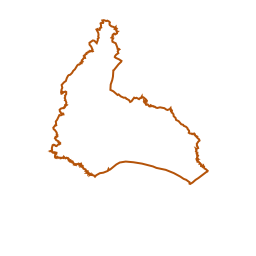 Pati, Jawa Tengah, Indonesia, rotated 130°
{"feature_id": "22746128B37789509782125", "entity_name": "Pati", "entity_type": "district", "adm_level": 2, "iso_a3": "IDN", "parent_name": "Indonesia", "parent_adm1": "Jawa Tengah", "projection": "albers", "projection_center": [111.054, -6.706], "detail": "fine", "context": "isolated", "style": "outline", "palette": "amber", "viewbox_px": 256, "rotation_deg": 130, "n_neighbors": 0, "source": "geoboundaries", "source_scale": "gbopen_adm2", "svg_char_len": 5882}
<svg xmlns="http://www.w3.org/2000/svg" viewBox="0 0 256 256"><g transform="rotate(130 128 128)"><path d="M195.2,172.5L195.0,172.1L195.4,172.1L194.8,171.3L195.1,171.1L195.3,169.9L194.7,168.8L194.2,169.0L194.1,167.7L193.5,167.4L193.3,167.7L192.9,166.9L193.8,166.3L194.7,166.5L195.3,166.0L195.2,165.7L195.6,166.2L195.9,165.8L196.2,166.0L197.2,165.3L197.4,164.6L196.8,164.5L196.7,163.3L195.7,163.4L195.8,162.9L195.4,162.7L195.4,162.0L194.4,161.1L194.3,160.6L194.5,160.3L194.0,160.1L193.8,159.6L193.2,159.5L192.6,158.3L192.0,158.6L191.8,158.1L191.3,158.4L191.5,156.5L190.2,155.9L190.2,155.3L189.6,154.8L189.7,153.7L190.3,153.6L190.3,152.7L190.7,152.9L191.0,152.5L190.2,151.9L190.6,151.8L190.5,151.5L190.9,151.0L190.3,150.5L190.7,150.1L190.3,149.6L189.8,149.8L189.8,149.3L189.7,149.6L189.2,149.1L189.4,148.6L189.7,148.7L190.2,148.4L189.8,147.5L190.1,147.1L190.1,146.2L190.4,146.1L189.9,145.6L190.3,145.3L189.9,145.1L190.0,144.7L189.3,144.5L189.4,144.1L188.8,144.2L188.1,143.4L187.5,143.4L187.3,143.9L187.2,143.0L187.5,142.8L186.4,141.8L187.2,141.6L187.0,141.1L187.8,140.9L187.6,140.6L187.8,140.1L187.3,140.0L187.8,139.7L187.3,139.5L187.3,139.1L187.0,139.7L186.8,139.4L186.4,139.6L186.7,139.1L186.2,138.4L186.5,138.2L187.0,138.4L187.4,138.1L187.1,137.1L187.4,136.9L187.3,136.6L187.8,135.8L187.0,134.0L187.5,132.8L188.0,132.8L187.6,132.1L188.0,132.1L188.0,131.7L188.3,131.5L188.3,130.5L188.9,130.7L188.5,130.1L187.9,130.1L188.2,129.8L187.9,128.9L188.3,129.2L188.8,128.8L187.9,128.7L188.2,127.7L187.6,127.3L188.1,127.1L187.2,126.9L187.8,126.2L187.3,125.5L187.0,126.0L186.6,125.6L186.8,124.6L186.3,123.6L186.5,122.0L184.7,122.0L180.7,120.5L178.1,118.2L173.9,115.9L171.9,116.6L172.3,115.5L171.3,115.0L163.4,113.5L159.7,112.1L155.2,108.2L150.8,101.9L146.3,94.4L141.4,84.2L140.3,80.6L135.8,72.2L133.1,63.9L131.6,56.6L131.2,52.7L130.3,50.1L130.0,45.9L131.1,45.1L130.9,44.4L128.3,43.5L124.3,42.9L121.1,41.9L110.9,39.6L110.4,39.2L109.6,39.4L109.5,41.9L109.9,43.5L109.2,44.8L108.7,44.9L108.6,45.5L109.3,45.7L108.6,46.3L109.2,46.4L109.2,47.0L110.0,47.0L110.2,47.6L108.9,48.4L109.2,48.8L108.7,49.9L109.2,50.2L108.8,50.4L108.4,52.3L109.2,53.1L108.9,53.5L108.0,53.8L108.3,54.4L107.7,54.6L107.7,55.6L106.9,55.4L106.7,55.1L106.7,55.8L105.7,56.5L104.2,56.5L104.0,57.3L104.2,57.5L104.5,57.2L104.5,57.5L103.2,58.4L103.6,58.5L103.6,58.9L102.1,60.3L102.1,61.0L101.1,61.2L100.8,61.9L100.3,61.9L100.1,62.4L100.0,61.9L99.6,62.0L98.3,61.4L97.6,62.6L97.5,63.7L97.1,63.7L96.0,65.1L93.1,65.4L91.7,65.1L91.0,66.2L91.0,68.0L90.7,70.2L90.2,70.0L90.6,71.8L89.9,72.6L90.3,73.0L89.8,73.8L90.5,74.2L90.6,74.6L91.5,74.9L91.6,76.0L92.4,77.0L92.6,78.4L91.3,78.9L90.8,79.6L90.5,81.6L90.0,82.1L89.8,83.4L89.8,84.5L90.5,86.7L90.1,87.8L90.9,89.6L90.2,93.6L90.9,96.4L89.7,98.1L89.6,100.6L88.3,101.9L87.9,103.4L88.1,104.5L86.4,105.5L86.3,105.9L87.2,105.7L87.4,106.0L85.4,108.2L86.0,108.2L86.7,107.7L86.9,108.3L88.8,109.3L89.3,110.7L89.4,112.8L91.6,116.8L93.8,118.4L94.4,119.6L94.4,120.9L95.0,121.6L94.8,122.4L95.4,123.0L95.9,124.9L96.4,124.4L97.0,125.4L97.5,125.2L97.7,125.7L97.5,126.0L97.6,126.5L97.3,128.0L97.6,128.6L98.5,128.9L98.6,129.3L97.7,130.4L97.9,130.8L97.4,131.4L97.6,131.7L97.4,132.0L97.8,132.2L97.7,132.5L97.4,132.4L96.8,133.1L96.8,132.4L96.2,132.0L95.8,130.7L95.0,131.0L94.6,132.8L94.6,135.8L94.7,136.2L95.8,136.9L95.0,137.7L96.8,137.4L97.5,138.0L98.8,138.1L99.4,140.9L100.6,141.7L100.8,142.8L105.3,142.5L106.7,143.1L106.0,144.9L106.4,147.4L106.7,147.9L106.4,149.0L106.6,149.8L107.5,150.6L108.4,153.8L108.3,156.8L109.4,157.2L109.3,162.8L110.1,166.0L105.8,169.2L101.4,170.9L98.4,172.5L93.6,176.0L93.4,175.5L93.4,176.0L85.3,176.2L81.6,175.8L80.8,176.1L81.2,179.1L82.1,182.3L82.2,183.7L81.5,184.1L79.5,184.2L76.9,183.5L75.9,185.2L73.9,185.4L73.3,185.2L73.3,185.9L74.1,186.8L72.9,188.4L71.0,191.9L71.9,195.3L70.8,196.6L68.8,197.0L69.4,198.7L67.3,198.6L66.9,199.5L65.0,199.5L64.5,199.1L64.6,198.0L62.6,197.3L62.0,198.0L61.0,197.9L61.3,198.3L61.1,199.3L60.4,199.6L60.7,201.5L59.1,200.8L59.1,202.1L58.7,202.4L59.8,202.5L59.8,203.9L60.8,206.1L60.8,208.3L60.1,209.2L58.8,209.7L58.6,210.6L59.0,212.8L60.1,213.5L60.9,215.8L62.1,216.8L63.1,214.7L63.6,214.6L64.7,216.1L65.5,216.3L66.8,214.5L67.7,214.0L68.2,213.1L69.7,213.8L70.2,213.2L71.1,212.8L72.0,214.5L71.8,215.0L72.8,215.5L74.2,212.0L75.6,210.4L77.0,209.7L77.7,208.4L79.2,208.5L79.9,207.7L83.1,206.5L82.8,209.8L83.5,211.2L87.5,212.3L88.9,211.0L89.3,208.5L90.8,205.5L91.4,205.6L91.8,204.3L92.3,204.6L92.0,205.6L93.4,206.0L93.5,206.7L94.4,206.6L94.9,207.4L96.1,207.2L97.0,208.0L97.5,208.0L98.0,207.4L99.1,208.0L99.6,207.8L100.8,208.2L101.2,208.2L101.3,207.2L102.2,206.9L101.6,206.4L101.9,206.0L102.5,206.8L103.1,206.9L104.8,206.7L105.8,206.9L106.3,206.6L106.4,205.5L108.0,206.2L107.9,205.3L108.2,205.1L108.8,205.7L110.6,206.0L111.2,206.8L112.6,207.1L117.1,206.4L119.5,206.7L121.6,206.3L124.3,206.5L125.6,207.4L126.7,207.5L129.3,206.9L131.9,205.8L134.3,206.4L137.7,206.5L139.4,204.2L141.3,203.6L143.7,202.2L144.5,201.0L143.4,200.4L142.2,200.9L142.1,200.3L140.3,199.4L140.1,198.5L141.8,197.1L143.8,197.0L144.5,196.1L145.7,195.8L146.4,194.3L147.1,194.1L146.9,193.8L148.1,191.6L149.9,190.6L149.7,189.7L151.0,190.0L151.4,190.3L151.1,190.3L151.2,190.7L152.7,189.7L154.1,189.9L154.8,190.9L156.3,191.9L158.0,192.1L159.1,190.8L159.2,189.7L159.7,189.1L159.5,188.2L158.6,186.9L159.1,186.2L159.7,186.8L161.5,187.6L162.2,188.9L167.2,187.6L169.4,187.5L171.4,185.4L172.4,185.5L172.4,184.9L173.4,185.4L175.8,185.4L176.7,184.1L176.6,182.6L177.3,179.9L177.8,179.1L178.9,178.4L178.8,177.5L179.6,177.3L179.9,176.7L180.8,177.0L181.3,177.8L182.8,177.4L182.8,176.5L183.3,176.0L183.4,175.0L182.9,172.8L183.5,172.4L183.1,171.4L183.5,171.1L183.1,170.3L183.7,169.8L184.4,170.4L184.8,170.3L185.0,170.8L187.8,171.1L188.2,171.8L188.0,172.1L188.3,173.0L188.2,173.4L188.7,173.7L188.8,174.4L189.6,174.7L192.4,173.4L193.5,172.1L194.4,172.1L195.2,172.5Z" fill="none" stroke="#b45309" stroke-width="2"/></g></svg>